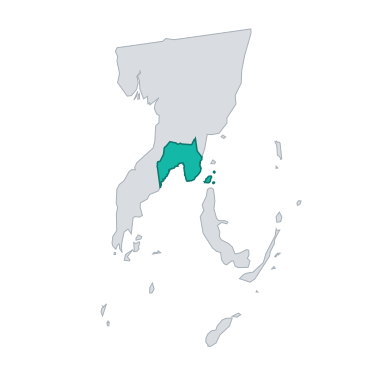 Papua New Guinea, with Morobe highlighted, rotated 82°
{"feature_id": "PNG-1253", "entity_name": "Morobe", "entity_type": "Province", "adm_level": 1, "iso_a3": "PNG", "parent_name": "Papua New Guinea", "parent_adm1": "", "projection": "mercator", "projection_center": [147.281, -6.648], "detail": "fine", "context": "in_parent", "style": "filled", "palette": "teal", "viewbox_px": 384, "rotation_deg": 82, "n_neighbors": 0, "source": "natural_earth", "source_scale": "10m", "svg_char_len": 8076}
<svg xmlns="http://www.w3.org/2000/svg" viewBox="0 0 384 384"><g transform="rotate(82 192 192)"><path d="M38.7,246.1L38.7,200.0L36.4,196.6L38.7,188.4L38.7,111.1L43.1,111.5L64.2,120.9L78.5,125.8L91.0,128.1L102.4,135.8L110.9,136.2L123.5,147.1L128.6,147.8L137.5,156.9L138.0,164.2L137.1,168.9L150.6,173.3L163.6,179.6L170.7,180.2L174.6,182.4L179.5,187.8L180.4,195.0L177.6,196.3L165.4,196.2L162.0,198.6L166.8,209.9L177.9,220.2L186.2,225.0L188.6,234.3L192.8,237.3L195.6,244.7L199.9,245.5L208.3,244.3L209.6,247.4L208.4,252.1L209.6,254.0L225.0,258.0L219.9,260.5L222.2,264.8L232.3,268.5L238.5,269.9L242.3,269.5L237.9,271.6L234.0,271.0L233.2,271.7L234.9,273.5L238.1,275.4L234.7,277.9L231.4,278.3L225.1,276.6L219.7,271.9L202.9,269.9L197.0,267.8L192.4,268.6L178.8,266.0L174.3,262.7L171.3,257.7L163.3,251.7L161.4,248.8L162.2,244.9L160.0,245.5L155.3,242.6L143.0,224.4L136.7,221.8L121.2,218.7L118.9,215.1L111.6,213.8L110.0,216.1L104.0,217.7L99.0,216.0L94.0,211.6L99.9,221.6L97.8,221.6L98.8,223.2L97.6,223.4L91.1,222.8L93.1,227.0L82.4,229.3L74.5,228.5L70.6,229.5L69.1,229.4L67.0,226.3L64.1,226.9L66.5,226.9L69.6,230.5L76.3,230.0L82.8,232.7L88.2,238.7L88.0,242.8L73.2,250.5L64.6,247.2L52.0,248.1L47.6,246.8L42.0,248.3L38.7,246.1ZM262.3,144.3L265.3,146.4L268.4,144.2L274.4,146.9L273.3,156.9L271.3,159.6L266.3,160.6L265.7,162.1L269.0,167.9L267.6,170.0L263.2,172.2L256.0,172.0L254.1,176.0L250.1,179.6L234.5,186.7L217.6,187.3L212.0,182.9L206.2,183.7L198.4,178.5L191.8,176.4L190.5,174.4L190.7,171.8L192.5,170.3L204.1,170.6L211.6,172.6L221.3,171.4L224.0,169.8L225.0,163.4L226.6,160.8L228.3,162.0L226.3,166.9L228.6,171.4L235.5,170.1L239.9,171.1L243.3,169.8L248.2,162.9L252.1,159.7L259.2,158.1L259.1,153.0L256.6,146.0L257.6,144.0L262.3,144.3ZM347.6,195.5L346.7,197.8L346.3,197.1L342.7,199.2L338.6,198.5L335.0,196.2L332.2,192.2L332.0,187.6L328.1,185.6L322.9,179.8L321.9,176.0L322.3,169.7L329.8,173.4L337.5,184.3L344.8,189.1L347.6,195.5ZM289.4,147.1L284.4,157.1L281.3,153.0L280.1,150.2L279.8,142.6L271.8,131.2L263.5,127.5L246.8,115.7L240.2,113.8L241.8,113.3L241.8,110.4L250.1,116.5L255.2,118.0L262.0,122.8L266.7,124.4L287.0,142.0L289.4,147.1ZM155.8,98.0L171.7,98.5L172.0,99.8L169.9,99.9L167.2,102.3L157.7,101.6L153.6,102.9L153.3,101.2L154.8,100.7L154.6,98.9L155.8,98.0ZM235.7,250.9L238.6,252.6L241.0,252.4L242.9,254.4L243.2,257.6L242.2,258.3L241.5,257.3L233.8,256.7L235.3,254.8L233.8,251.2L235.7,250.9ZM233.8,112.2L228.2,112.2L224.0,108.3L229.5,106.5L233.6,108.3L233.8,112.2ZM247.1,265.0L250.7,262.9L251.5,263.6L250.2,268.6L244.6,266.5L240.8,258.5L247.1,265.0ZM276.6,243.9L282.7,243.0L285.7,245.1L286.5,245.9L286.0,248.0L280.9,247.1L276.6,243.9ZM290.8,292.3L302.3,297.8L298.1,298.8L294.4,297.3L294.0,295.9L292.5,296.4L293.3,295.4L290.8,292.3ZM184.1,177.7L179.0,173.5L179.3,170.7L184.7,173.2L184.1,177.7ZM231.9,254.0L230.4,254.1L227.0,251.2L229.1,248.0L231.4,249.2L231.9,254.0ZM320.6,169.5L318.4,162.8L320.3,160.8L322.2,165.1L320.6,169.5ZM166.6,169.5L163.1,166.9L165.6,164.5L167.2,165.7L166.6,169.5ZM219.9,89.3L218.0,89.8L215.4,87.7L216.1,85.2L219.1,86.8L219.9,89.3ZM143.4,153.1L141.3,155.5L139.9,153.7L142.2,151.0L143.4,153.1ZM247.8,231.5L248.0,239.6L246.4,238.0L247.1,234.6L245.5,233.7L247.8,231.5ZM89.6,233.6L93.0,236.9L84.7,231.6L89.6,233.6ZM92.6,232.8L88.0,231.5L87.1,230.5L92.4,230.9L92.6,232.8ZM313.0,293.1L312.7,294.3L309.8,294.5L307.7,292.8L309.7,293.2L309.4,292.1L313.0,293.1ZM279.2,120.1L279.3,123.8L277.2,121.2L279.2,120.1ZM268.1,118.1L267.2,119.1L265.1,116.5L265.5,116.0L268.1,118.1ZM243.3,276.4L243.0,278.0L241.0,277.2L241.3,276.2L243.3,276.4ZM266.3,115.3L264.6,115.7L264.9,113.2L266.3,115.3ZM180.2,103.7L180.3,105.5L178.1,105.1L180.2,103.7ZM300.3,140.7L300.0,142.4L298.8,141.8L300.3,140.7Z" fill="#d9dde1" stroke="#a8b0b8" stroke-width="1"/><path d="M158.7,177.4L158.8,177.8L159.1,177.9L159.4,177.8L159.8,177.7L160.2,177.6L160.6,177.7L160.9,177.8L161.2,177.8L161.5,178.0L161.7,178.3L161.8,178.7L162.0,179.0L163.1,179.7L163.3,179.7L163.5,179.8L163.8,180.0L164.0,179.9L164.3,179.7L164.5,179.7L164.9,180.0L165.1,180.4L165.3,180.6L165.7,180.4L167.6,180.6L167.8,180.6L168.0,180.5L168.2,180.4L168.4,180.1L168.6,179.9L168.9,179.8L169.1,179.9L169.6,180.1L169.8,180.1L169.9,179.9L170.0,179.8L170.2,180.0L171.2,180.3L172.2,180.5L172.5,180.6L172.8,180.8L173.1,181.1L173.4,181.2L173.5,181.3L173.6,181.6L173.7,181.8L174.3,182.1L175.7,183.5L176.3,184.4L176.5,184.7L176.8,184.9L177.0,185.3L177.2,185.9L177.4,186.2L177.9,186.9L179.4,187.7L180.0,188.2L180.0,188.5L180.0,188.9L180.0,189.1L180.1,189.4L180.3,189.6L180.5,189.8L180.6,190.4L180.8,190.9L180.8,191.1L180.7,191.3L180.6,191.5L180.7,191.9L180.5,192.2L180.5,192.5L180.6,192.8L180.7,193.3L180.3,193.6L180.3,193.9L180.4,194.0L180.5,194.0L180.7,193.9L180.5,195.6L178.9,196.1L175.3,196.3L175.1,196.5L174.7,196.8L174.4,196.9L174.1,196.8L173.9,196.7L173.7,196.8L173.3,196.9L171.9,196.5L171.5,196.5L170.6,196.7L170.2,196.7L166.9,196.6L166.7,196.6L166.6,196.4L166.4,196.2L166.2,196.1L165.7,196.0L164.6,196.0L164.4,196.1L163.8,196.5L163.5,196.6L162.8,196.6L162.5,196.6L162.2,196.7L162.1,197.2L161.8,198.1L161.7,198.6L161.8,199.6L161.9,200.6L162.0,201.1L162.7,201.9L163.1,202.3L163.4,202.6L163.5,202.7L163.9,202.7L164.2,202.4L164.4,202.3L164.4,202.6L164.3,202.8L164.2,203.0L164.2,203.4L164.4,203.7L164.4,204.0L164.4,204.3L164.2,204.8L164.3,205.0L165.4,205.9L165.7,206.1L165.8,206.4L165.9,206.9L165.8,207.9L166.0,208.1L166.1,208.4L166.0,208.5L165.9,208.5L166.0,208.9L166.1,209.3L166.2,209.9L166.3,210.1L166.6,210.7L166.7,210.8L166.8,210.9L166.9,211.0L167.0,211.1L166.9,211.2L166.8,211.3L166.7,211.3L166.8,211.6L167.0,211.6L167.3,211.7L167.3,211.8L167.3,212.0L167.7,212.1L167.8,212.1L168.1,211.7L168.4,211.8L168.5,211.9L168.5,212.0L168.4,212.1L169.6,212.4L170.2,212.7L170.5,213.2L170.6,213.4L170.8,213.5L171.0,213.6L171.5,213.6L171.8,213.9L172.1,214.1L171.9,214.3L172.0,214.3L172.3,214.4L172.5,214.4L173.0,214.8L173.2,215.1L173.3,215.3L173.3,216.1L173.5,216.3L174.6,216.5L174.9,216.6L175.0,216.9L175.0,217.5L175.2,217.9L175.4,218.2L175.6,218.6L175.4,219.0L176.4,218.8L176.4,218.7L176.2,218.6L176.0,218.2L176.6,218.4L177.0,218.9L177.3,219.5L177.5,220.8L177.6,221.1L177.9,221.4L178.3,221.5L178.6,221.6L179.2,221.4L179.7,221.4L179.8,221.5L180.1,221.6L180.3,221.5L180.5,221.4L180.8,221.4L181.0,221.5L182.0,222.2L182.4,222.4L182.9,222.5L183.0,222.7L183.1,222.9L162.8,222.8L162.5,222.9L162.4,223.0L162.2,223.0L161.6,222.9L161.4,222.9L161.2,222.8L160.4,222.4L160.1,222.4L159.8,222.4L159.2,222.5L158.9,222.4L158.7,222.3L158.2,222.0L158.0,221.9L157.8,222.0L157.6,221.9L157.4,221.8L157.3,221.3L157.2,220.9L157.2,220.5L157.3,219.9L157.1,219.4L156.9,219.2L155.2,218.0L150.8,215.0L144.8,213.4L144.3,213.2L144.0,212.9L143.4,212.0L143.0,211.2L139.1,206.9L140.0,204.2L140.3,203.8L140.4,203.6L140.9,201.7L141.0,201.4L141.2,201.1L141.4,200.8L142.3,200.1L142.5,199.9L142.6,199.6L142.7,199.2L142.7,198.8L142.5,198.1L142.4,197.7L142.3,197.4L142.2,197.1L142.1,196.8L142.1,196.6L142.3,196.4L142.8,195.9L143.0,195.6L143.1,195.3L145.0,186.4L145.0,185.9L144.8,185.6L144.7,185.4L142.0,183.7L141.7,183.5L141.6,183.2L141.6,182.8L141.4,182.9L141.1,183.0L140.7,182.8L140.4,182.5L140.1,182.2L139.9,181.4L139.6,181.2L152.2,181.2L158.6,177.5L158.7,177.4ZM184.6,173.1L185.0,173.6L185.1,174.2L184.9,176.0L184.5,177.0L184.3,177.6L184.1,177.5L184.1,177.4L184.1,177.6L184.0,177.8L184.1,178.0L183.8,177.9L183.7,178.0L183.4,178.3L183.3,178.0L183.2,177.3L183.1,177.0L182.9,176.8L182.7,176.7L182.1,176.6L181.4,176.5L181.1,176.4L180.8,176.0L180.8,175.8L180.7,175.4L180.6,175.2L179.8,174.6L179.5,174.3L179.1,173.6L178.8,173.2L178.7,173.0L178.7,172.9L178.8,172.3L178.8,171.3L178.8,171.0L179.1,170.8L179.6,170.7L179.8,170.5L180.0,170.6L180.3,170.6L180.6,170.8L181.1,171.4L181.4,171.6L181.7,171.7L182.5,171.9L183.0,172.1L183.6,172.4L184.6,173.1ZM185.6,168.3L186.2,168.6L186.6,169.2L186.6,169.8L186.0,170.2L185.4,170.0L185.1,169.4L185.2,168.8L185.6,168.3ZM175.4,166.5L175.8,166.5L176.0,166.7L176.1,167.0L176.3,167.2L176.1,167.5L175.9,167.7L175.3,168.1L174.9,167.5L174.6,167.5L174.6,167.4L174.6,167.2L174.5,166.9L174.8,166.7L175.1,166.5L175.4,166.5Z" fill="#14b8a6" stroke="#0f766e" stroke-width="1.5"/></g></svg>